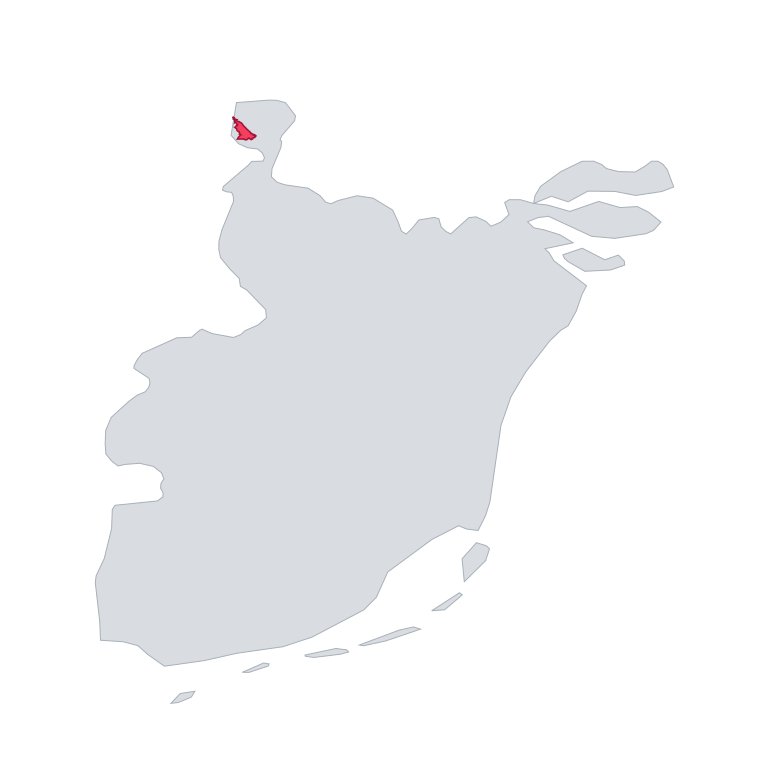 Heerlen, Limburg, Netherlands shown in context, rotated 174°
{"feature_id": "6326949B1825961321722", "entity_name": "Heerlen", "entity_type": "district", "adm_level": 2, "iso_a3": "NLD", "parent_name": "Netherlands", "parent_adm1": "Limburg", "projection": "natural_earth1", "projection_center": [5.963, 50.878], "detail": "fine", "context": "in_parent", "style": "filled", "palette": "rose", "viewbox_px": 768, "rotation_deg": 174, "n_neighbors": 0, "source": "geoboundaries", "source_scale": "gbopen_adm2", "svg_char_len": 6359}
<svg xmlns="http://www.w3.org/2000/svg" viewBox="0 0 768 768"><g transform="rotate(174 384 384)"><path d="M501.3,679.3L484.8,678.8L469.5,678.4L461.3,677.4L452.7,674.2L448.7,667.8L444.0,660.0L445.3,655.2L459.7,641.7L461.8,637.9L460.4,635.9L461.8,630.0L472.9,609.8L474.3,601.7L469.4,596.0L462.3,592.6L439.1,586.7L428.1,578.2L423.0,570.9L417.9,568.8L410.3,571.3L391.1,574.0L375.5,570.0L357.2,556.1L353.0,543.7L350.7,534.1L346.2,530.8L340.0,535.7L332.1,543.5L316.6,544.4L312.2,542.6L311.5,538.3L310.7,534.2L306.4,529.1L301.9,526.3L282.2,540.6L274.9,540.6L265.7,535.1L261.2,529.7L251.1,532.7L242.0,539.4L245.0,551.9L240.2,554.2L229.0,553.0L216.4,547.9L202.4,544.8L181.1,536.2L151.3,543.1L130.8,534.8L113.6,534.0L103.0,527.3L91.6,516.1L99.8,508.7L107.7,506.1L139.2,504.7L162.0,509.2L202.9,533.6L213.3,533.4L224.3,530.3L218.7,523.7L208.5,520.5L193.3,513.9L181.2,504.7L209.8,501.7L205.9,497.0L202.2,488.8L172.3,460.5L177.5,452.8L185.2,436.4L194.8,422.7L202.4,419.1L214.8,409.4L241.9,381.1L259.1,358.0L272.0,330.6L291.1,255.4L296.7,242.6L305.7,228.5L316.9,231.1L324.7,235.2L352.4,224.5L399.9,196.7L413.9,172.7L427.6,161.5L482.0,139.8L512.0,133.3L558.3,131.6L591.8,127.7L631.9,126.3L647.3,139.8L656.2,149.6L670.6,155.0L692.7,158.8L691.5,178.2L691.9,216.6L690.3,223.4L680.5,239.6L670.0,268.7L667.3,287.8L664.1,291.5L621.8,291.4L615.8,294.7L615.0,298.8L617.1,303.8L616.1,308.7L612.8,312.7L614.6,319.0L622.0,326.2L635.4,330.7L649.8,331.1L657.1,330.3L662.6,335.5L667.9,343.4L667.6,353.4L665.6,366.9L658.8,379.3L639.3,393.6L630.6,398.7L622.3,401.2L618.4,405.0L616.6,409.8L617.0,414.1L631.0,425.6L630.7,428.2L626.7,434.2L621.3,439.8L585.3,451.6L570.5,450.6L562.0,456.5L559.3,457.6L549.9,452.2L528.9,446.0L521.0,448.2L516.6,451.6L503.4,455.7L494.0,462.1L493.9,470.4L510.7,491.9L516.6,496.1L516.9,504.1L525.0,514.1L533.3,526.7L534.2,534.8L533.3,542.9L529.0,554.4L514.5,581.4L514.3,586.5L515.5,590.5L520.5,591.6L524.3,593.6L523.2,597.2L495.9,615.9L492.4,619.2L481.0,618.3L479.2,621.4L480.8,626.5L485.2,630.9L495.0,633.2L503.3,638.0L510.1,647.3L501.3,679.3ZM216.4,547.9L214.0,555.7L207.6,564.2L186.2,576.6L163.8,584.8L152.3,583.7L144.5,579.5L140.3,575.0L128.5,570.7L112.1,568.6L101.9,573.2L94.6,577.6L88.2,576.9L83.5,573.2L79.9,567.5L75.3,549.7L87.5,546.4L113.9,545.2L134.3,551.4L161.1,554.5L181.8,545.9L197.9,553.2L216.4,547.9ZM172.5,475.1L188.1,486.4L191.4,490.0L192.6,493.8L172.6,498.3L151.5,484.5L137.4,487.7L132.2,481.2L132.2,477.1L146.8,473.7L172.5,475.1ZM324.6,202.0L308.7,216.5L299.1,212.4L296.3,209.1L301.3,197.8L324.8,179.0L324.6,202.0ZM394.9,137.6L380.1,139.3L373.3,136.4L409.1,128.3L431.8,125.8L435.8,127.0L394.9,137.6ZM490.9,122.7L459.5,126.0L448.9,123.5L447.2,121.2L455.7,119.8L482.5,119.4L490.7,121.5L490.9,122.7ZM360.3,153.5L330.8,168.5L328.2,166.1L347.3,153.1L360.3,153.5ZM618.9,97.5L604.2,98.2L608.3,92.8L622.0,88.7L629.3,88.7L618.9,97.5ZM555.1,112.1L532.9,119.1L527.5,117.6L528.8,115.6L548.4,111.3L555.1,112.1Z" fill="#d9dde1" stroke="#a8b0b8" stroke-width="1"/><path d="M504.1,642.9L503.0,642.8L498.3,642.3L498.1,642.4L498.0,642.2L497.9,642.1L497.7,642.0L497.6,641.9L497.4,641.8L497.2,641.8L496.9,641.7L496.7,641.6L496.4,641.4L496.0,641.3L495.9,641.2L495.7,641.3L494.9,641.3L494.8,641.5L494.7,641.6L493.6,642.1L493.5,642.3L493.4,642.3L493.4,642.5L493.2,642.5L492.8,642.7L492.5,642.5L492.3,642.4L492.2,642.4L492.0,642.1L491.9,642.1L491.6,641.8L491.5,641.7L491.1,641.4L490.9,641.2L490.7,640.9L490.3,640.9L489.9,641.1L489.7,641.2L489.5,641.3L489.3,641.4L489.1,641.5L489.3,641.8L489.2,641.8L488.8,642.1L488.5,642.3L488.3,642.5L488.2,642.5L487.8,642.7L487.7,642.7L487.4,642.7L487.2,642.7L486.9,642.6L486.8,642.8L486.7,642.9L486.6,643.0L486.4,643.1L486.2,643.3L486.2,643.5L485.8,643.5L485.7,643.6L485.4,644.2L485.4,644.3L485.5,644.5L486.0,644.8L486.4,644.8L486.7,644.7L486.7,644.8L486.8,644.8L487.1,644.9L487.1,645.0L487.4,645.1L487.0,645.3L486.9,645.3L486.8,645.5L487.7,645.9L488.1,646.0L488.5,646.2L488.7,646.3L488.8,646.4L489.1,646.5L489.4,646.7L489.7,647.1L489.8,647.1L489.7,647.2L489.9,647.3L490.0,647.3L490.1,647.5L490.2,647.8L490.3,647.9L490.4,648.0L490.5,648.1L490.8,648.4L490.9,648.5L491.0,648.6L491.2,648.8L491.2,649.0L491.3,649.0L491.5,649.3L491.7,649.5L491.9,649.8L492.1,650.0L492.4,650.3L492.5,650.5L492.8,650.8L493.0,651.0L493.4,651.4L493.5,651.5L493.8,651.9L493.9,652.0L494.0,652.1L494.2,652.4L494.4,652.7L494.5,652.8L494.7,653.0L494.8,653.2L494.9,653.3L495.4,653.9L495.4,654.0L495.6,654.2L495.7,654.3L495.8,654.5L496.0,654.6L496.1,654.8L496.3,655.0L496.5,655.2L496.6,655.3L496.7,655.5L496.8,655.7L496.8,655.8L497.1,656.2L497.2,656.4L497.2,656.5L497.3,656.6L497.5,656.8L497.6,657.1L497.8,657.4L497.8,657.5L498.0,657.8L498.1,658.0L498.3,658.2L498.4,658.3L498.5,658.4L498.6,658.6L499.1,659.0L499.7,659.3L499.8,659.4L500.0,659.5L500.3,659.7L500.5,659.9L500.6,660.0L500.7,659.9L500.9,660.0L501.0,660.0L501.3,660.2L501.3,660.3L501.7,660.4L501.9,660.5L502.1,660.6L502.5,660.9L502.6,661.0L502.8,661.1L503.0,661.3L503.1,661.6L503.1,661.8L503.1,662.0L502.9,662.2L502.9,662.3L502.7,662.4L502.9,662.5L503.1,662.4L503.3,662.4L503.6,662.5L503.8,662.5L504.1,662.6L504.2,662.8L504.6,663.2L504.8,663.4L504.9,663.5L505.0,663.7L504.8,663.8L504.9,664.0L505.0,664.4L505.1,664.6L505.6,664.9L505.8,664.8L506.1,665.2L506.4,665.0L506.5,664.9L506.3,664.6L506.2,664.5L506.2,664.4L506.2,664.1L506.1,663.8L505.9,663.5L506.2,663.3L506.3,663.3L506.3,663.2L505.3,662.9L504.9,662.0L505.2,661.3L505.1,661.2L504.8,661.0L505.1,659.9L505.0,660.0L504.8,659.9L504.6,659.8L504.5,659.7L504.2,659.5L504.2,659.4L504.2,659.5L504.0,659.3L504.0,659.2L503.9,659.1L503.7,658.8L503.7,658.7L503.4,658.4L503.2,658.2L502.8,657.8L502.7,657.7L502.3,657.1L502.5,657.0L502.6,656.9L502.8,656.9L503.1,656.9L503.4,656.8L503.6,656.7L503.4,656.4L503.5,656.4L503.6,656.2L503.8,656.0L503.9,655.9L504.0,655.8L504.2,655.7L504.3,655.7L504.5,655.5L504.6,655.4L504.8,655.2L505.4,654.8L505.5,654.8L505.3,654.6L505.2,654.6L505.0,654.4L504.8,654.5L504.8,654.0L504.7,653.9L504.4,653.6L503.9,653.1L503.8,652.9L503.7,651.6L503.6,651.4L503.4,651.1L503.1,650.9L502.7,650.5L502.5,650.3L502.4,650.3L502.3,650.2L502.2,650.1L502.0,649.8L501.8,649.8L501.7,649.9L501.4,649.3L501.4,649.2L501.4,648.9L501.4,647.9L501.3,647.6L501.2,647.6L501.2,647.4L500.9,647.3L500.9,647.2L501.0,647.2L500.7,647.0L500.8,647.0L501.1,646.2L502.8,644.8L503.0,644.6L504.2,642.9L504.1,642.9Z" fill="#f43f5e" stroke="#9f1239" stroke-width="1.5"/></g></svg>